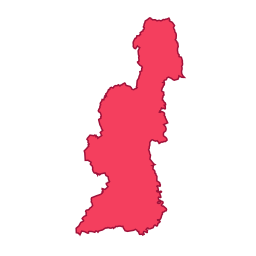 Dak Doa, Gia Lai, Vietnam (Albers equal-area conic projection), rotated 355°
{"feature_id": "81297802B36312306774318", "entity_name": "Dak Doa", "entity_type": "district", "adm_level": 2, "iso_a3": "VNM", "parent_name": "Vietnam", "parent_adm1": "Gia Lai", "projection": "albers", "projection_center": [108.178, 14.116], "detail": "fine", "context": "isolated", "style": "filled", "palette": "rose", "viewbox_px": 256, "rotation_deg": 355, "n_neighbors": 0, "source": "geoboundaries", "source_scale": "gbopen_adm2", "svg_char_len": 5878}
<svg xmlns="http://www.w3.org/2000/svg" viewBox="0 0 256 256"><g transform="rotate(355 128 128)"><path d="M86.9,139.0L87.8,140.6L87.5,141.1L86.9,141.2L87.2,142.9L85.9,143.7L85.4,144.5L82.4,147.0L82.8,149.1L82.6,156.5L85.4,156.7L88.2,158.8L88.2,159.3L87.3,160.6L88.1,161.8L89.0,162.6L89.4,164.6L89.1,166.2L89.5,168.1L90.4,169.7L91.4,170.2L92.0,169.8L92.8,170.6L93.5,170.0L93.0,171.3L93.5,171.6L93.7,172.3L94.3,171.1L94.9,171.4L95.6,172.1L95.9,171.6L96.4,171.8L97.0,171.2L101.1,170.8L101.9,173.4L103.9,174.7L104.2,178.0L105.0,179.6L104.7,180.1L103.5,180.3L103.2,180.8L101.5,181.3L101.6,182.4L103.0,184.7L101.2,186.2L99.7,187.2L97.0,186.1L96.9,186.9L97.6,187.5L97.5,188.8L97.2,189.3L96.8,189.1L96.6,189.8L97.2,189.9L96.7,190.6L94.9,191.8L90.7,192.8L85.7,194.3L85.2,195.5L85.3,197.1L84.9,198.4L85.6,199.7L86.0,202.1L84.6,203.7L83.3,204.3L81.7,206.0L79.6,206.2L79.0,206.5L78.5,207.4L79.2,209.0L78.7,209.9L78.9,211.5L76.8,212.1L75.1,213.4L74.4,214.3L75.7,216.1L75.5,216.9L72.7,218.0L70.5,221.3L67.6,223.4L67.4,227.8L69.3,228.4L70.0,229.3L70.6,229.3L70.9,230.1L72.9,226.7L75.6,227.4L78.5,229.2L79.5,229.2L79.7,227.8L80.3,227.6L83.2,228.0L85.9,229.0L86.8,227.9L87.2,227.8L88.3,228.3L89.0,229.2L90.1,228.0L93.8,227.3L96.8,225.7L98.4,225.8L98.8,225.4L99.6,225.7L100.3,225.5L101.0,226.1L102.4,226.3L104.1,225.8L104.5,225.9L104.8,226.6L105.2,226.2L106.1,226.2L107.1,225.0L109.0,225.3L109.6,225.0L111.7,225.0L113.1,225.6L114.3,225.5L114.6,226.9L116.2,230.1L118.4,230.9L124.8,230.4L126.5,229.6L128.0,230.7L128.3,231.5L129.1,232.1L129.6,232.1L129.4,232.6L130.2,234.9L132.1,235.1L132.8,234.9L133.5,235.2L133.5,235.8L134.8,235.3L134.2,233.4L134.7,232.5L135.4,232.5L137.7,233.8L138.1,233.7L138.2,233.3L137.9,232.8L138.5,231.6L137.2,230.6L138.4,229.4L139.1,229.3L139.8,230.3L141.2,230.4L144.3,229.5L145.6,227.4L146.1,227.1L146.6,227.1L147.8,228.1L148.6,228.0L149.2,226.9L149.4,225.8L151.3,224.7L151.8,224.0L151.4,223.4L149.5,222.5L149.5,222.0L151.6,222.1L152.3,221.6L153.1,220.3L154.1,217.6L154.8,216.8L154.9,215.1L156.5,214.7L157.4,214.0L158.8,213.8L159.3,212.7L159.1,211.7L156.4,208.8L155.5,208.8L154.6,208.0L154.6,207.6L156.4,205.7L156.4,204.8L156.0,204.3L155.1,203.8L154.5,203.9L153.1,205.7L152.8,205.8L151.4,205.7L150.8,205.1L151.2,204.3L154.1,203.5L154.0,203.0L152.3,202.2L152.1,200.2L152.3,199.7L152.7,199.5L154.3,200.1L154.7,199.9L154.6,198.6L153.8,195.9L154.0,195.4L155.7,194.7L155.8,194.2L155.2,193.8L153.4,194.5L152.4,194.4L151.5,194.0L151.1,193.3L151.5,193.0L152.7,193.3L152.9,192.9L152.5,189.6L151.7,188.6L152.0,188.2L152.6,188.1L154.8,188.8L155.2,188.0L154.9,187.2L155.2,186.9L154.6,185.8L154.7,185.2L152.1,183.1L152.6,178.6L151.9,177.6L151.6,175.7L150.8,175.2L151.0,173.6L150.7,172.7L149.2,171.1L149.9,168.0L149.0,167.6L151.6,166.8L150.6,166.1L147.1,160.9L148.1,156.9L147.5,155.9L147.2,153.2L146.6,151.5L147.4,150.0L147.5,148.7L148.2,147.1L148.5,144.2L149.9,142.5L150.9,141.9L151.5,141.9L152.5,142.7L154.4,143.5L155.9,143.2L157.4,145.1L157.6,146.1L157.8,146.1L160.0,144.9L161.5,145.1L162.3,144.6L164.2,144.7L165.9,143.4L165.6,141.9L164.8,140.7L162.7,138.9L162.7,137.0L163.2,135.6L165.3,134.1L165.9,132.3L165.5,130.1L163.8,127.7L168.0,126.3L166.0,120.8L166.0,119.9L165.2,118.7L165.6,117.4L165.6,116.4L164.6,115.4L163.4,114.7L162.3,114.7L161.4,115.2L160.6,115.0L161.1,113.8L162.0,113.3L163.1,111.0L163.7,111.3L164.0,111.7L164.8,111.4L166.3,112.2L166.6,112.2L166.9,111.9L167.0,109.8L166.2,108.5L167.4,108.3L167.6,107.7L167.2,106.2L166.4,105.6L165.2,103.2L164.7,103.1L165.0,101.0L165.6,100.2L165.6,99.2L166.8,98.2L166.5,97.1L166.7,95.4L165.2,94.6L164.7,93.6L165.8,90.7L166.3,90.4L167.2,88.4L167.9,88.2L168.2,86.2L166.9,85.7L168.0,85.1L168.1,83.9L168.4,83.6L170.4,83.2L171.1,81.6L172.7,80.8L175.7,82.4L176.7,83.5L178.2,84.4L182.1,83.7L182.5,82.6L183.0,82.1L183.3,80.5L186.0,82.2L188.6,82.5L187.1,80.6L186.2,78.3L186.3,75.7L186.8,74.7L187.1,72.8L186.8,71.2L187.8,69.9L188.0,68.0L187.7,66.9L188.1,66.1L187.3,62.2L185.1,61.3L185.3,59.5L184.3,58.2L184.0,55.0L184.4,52.6L185.1,51.4L185.0,47.7L184.2,47.3L184.3,46.4L182.8,44.2L183.7,42.9L184.2,39.7L184.0,37.8L183.1,36.4L182.9,34.2L182.4,33.5L182.1,32.1L182.1,31.7L183.3,30.0L181.4,26.7L178.7,24.9L178.6,24.5L179.0,23.9L178.3,22.1L176.6,22.8L175.0,22.9L174.0,23.3L172.5,23.0L171.4,23.7L170.1,24.1L168.4,23.4L166.2,23.7L164.5,22.5L161.9,22.4L161.2,21.6L160.6,21.4L160.2,20.5L159.2,20.2L158.1,20.8L157.1,21.6L154.5,22.9L153.9,24.7L153.1,26.0L152.9,27.5L152.2,28.3L152.2,29.0L153.0,29.5L152.7,30.8L151.8,31.2L151.3,32.7L150.6,32.8L148.4,34.2L148.6,36.0L147.8,36.2L147.3,37.0L144.9,36.9L144.5,38.1L143.6,39.3L142.9,39.3L142.3,40.1L140.8,42.6L140.5,43.8L140.6,45.0L140.3,47.4L141.3,49.2L142.5,49.6L144.5,47.1L145.1,47.8L146.7,48.9L144.8,52.0L144.8,56.0L145.4,57.4L144.8,58.3L144.9,61.0L144.5,62.6L143.3,63.0L143.3,63.7L145.4,66.6L147.2,67.8L147.5,69.2L146.9,69.6L146.6,72.3L144.8,72.9L145.0,73.5L144.7,74.1L144.9,75.0L143.5,77.6L143.1,79.2L141.3,81.6L140.6,85.3L140.7,85.8L139.9,87.9L140.0,88.3L140.5,88.5L139.8,89.3L138.2,89.6L137.1,90.3L135.4,89.8L134.7,88.1L133.6,86.8L129.8,85.4L129.0,83.2L128.6,82.9L126.2,83.9L125.7,84.5L124.8,84.5L123.6,85.4L122.7,84.9L122.7,84.4L122.2,84.1L120.8,84.9L119.2,84.7L118.3,85.0L117.4,85.7L117.2,86.3L116.5,86.8L114.9,86.0L113.7,86.5L113.1,87.9L112.5,88.2L112.2,88.0L111.6,88.5L111.4,89.3L109.7,91.7L109.0,91.9L109.2,93.8L108.8,93.4L108.4,93.3L107.5,94.3L108.1,94.8L108.1,95.5L107.0,95.8L106.3,97.8L104.7,97.3L104.1,99.1L102.9,100.3L102.4,101.5L102.8,102.5L102.5,102.7L101.8,104.3L101.8,105.2L100.7,106.7L99.9,108.3L100.4,109.4L101.6,110.1L102.3,112.3L102.4,113.9L101.7,114.5L101.9,115.6L101.7,116.0L99.6,116.9L99.5,117.2L100.3,122.3L101.4,124.9L101.6,126.3L102.6,128.1L100.0,130.0L101.2,133.2L97.1,135.5L97.1,134.3L96.1,133.8L95.5,133.9L95.7,133.0L95.4,132.4L94.7,132.8L94.0,132.2L93.3,132.7L89.6,131.8L86.7,134.7L86.1,135.7L87.2,137.0L86.9,139.0Z" fill="#f43f5e" stroke="#9f1239" stroke-width="1.5"/></g></svg>